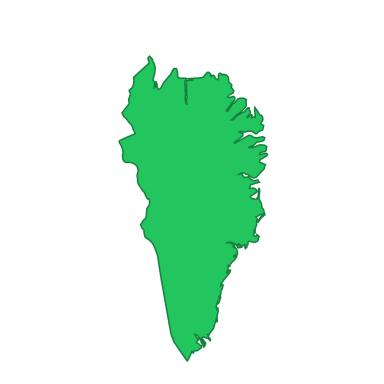 map outline of Austurland (Mercator projection), rotated 325°
{"feature_id": "ISL-695", "entity_name": "Austurland", "entity_type": "Region", "adm_level": 1, "iso_a3": "ISL", "parent_name": "Iceland", "parent_adm1": "", "projection": "mercator", "projection_center": [-15.126, 64.88], "detail": "fine", "context": "isolated", "style": "filled", "palette": "green", "viewbox_px": 384, "rotation_deg": 325, "n_neighbors": 0, "source": "natural_earth", "source_scale": "10m", "svg_char_len": 6110}
<svg xmlns="http://www.w3.org/2000/svg" viewBox="0 0 384 384"><g transform="rotate(325 192 192)"><path d="M235.1,56.4L235.6,59.3L235.7,60.6L234.7,62.4L234.7,64.9L233.3,68.9L229.3,73.7L225.5,76.6L224.3,78.1L224.4,80.3L223.4,82.1L220.7,85.0L222.3,84.9L223.7,83.8L226.1,80.6L225.3,83.2L223.8,86.0L223.2,88.3L225.0,89.3L226.9,88.7L231.0,86.3L242.1,83.3L246.2,81.1L248.3,80.5L250.0,82.3L247.7,87.7L246.4,89.0L246.5,90.1L247.4,91.9L251.9,95.0L252.8,96.2L250.0,97.1L248.5,98.3L247.2,101.6L244.5,104.8L243.5,107.5L239.5,112.2L238.1,115.7L237.8,117.8L238.5,116.8L239.6,114.1L242.5,111.4L244.0,108.5L250.4,98.8L251.6,98.0L253.0,98.3L257.1,101.4L254.8,98.6L254.2,97.2L265.6,104.1L267.1,104.3L272.8,102.8L273.8,103.0L274.4,103.6L274.8,105.1L274.8,106.4L274.5,107.3L273.9,107.5L273.9,108.3L275.5,108.2L276.2,108.5L276.7,109.2L276.8,110.1L276.4,112.7L277.2,114.3L278.1,115.2L280.5,111.6L281.9,110.6L283.4,111.0L283.7,111.5L283.8,113.5L285.2,113.5L287.4,116.2L287.5,118.9L286.7,120.7L285.2,123.0L285.9,126.1L286.0,127.2L283.8,129.0L284.4,129.7L284.2,133.2L282.4,134.5L277.7,133.8L275.6,134.9L276.9,136.1L281.0,137.5L281.1,139.5L279.9,140.9L278.3,141.7L275.7,141.7L272.4,143.4L268.1,144.3L266.7,145.1L267.5,146.3L275.8,143.2L278.3,143.4L283.3,142.1L284.9,142.6L287.5,144.3L288.8,145.8L289.5,147.8L288.3,148.7L286.2,152.1L285.1,152.9L278.5,154.5L271.5,154.5L268.5,155.3L265.3,155.3L266.9,156.6L273.0,155.3L281.0,156.2L284.5,155.3L286.5,155.3L287.0,155.7L286.8,156.6L286.0,158.0L285.9,159.8L285.6,160.4L283.6,161.3L280.2,162.1L280.2,163.1L284.3,162.2L285.2,163.1L285.2,163.8L284.3,164.3L283.4,165.6L285.6,165.9L286.5,167.2L287.0,166.8L287.8,165.1L288.3,164.8L289.9,161.3L292.0,158.8L292.1,163.2L291.7,168.1L292.6,168.8L292.9,170.0L292.6,171.5L291.7,173.2L290.6,174.2L288.4,174.8L287.4,175.7L288.8,178.5L288.6,179.1L285.4,181.7L281.7,180.7L278.4,181.3L277.4,180.7L275.9,176.4L272.5,174.2L269.8,173.3L266.9,170.5L265.3,169.8L265.6,171.2L266.2,172.2L267.4,173.2L265.5,175.3L254.9,175.7L254.9,176.6L271.3,178.2L272.6,179.6L273.9,182.7L276.4,184.9L281.7,187.4L282.8,189.2L280.6,190.9L278.1,190.5L273.5,188.3L268.3,189.2L265.1,187.8L264.2,188.3L267.3,190.5L274.8,192.3L278.1,195.1L279.0,196.9L279.2,198.0L277.8,198.8L276.5,200.5L275.8,200.9L270.4,198.8L268.8,200.2L274.5,202.5L275.4,203.4L275.4,204.7L274.0,205.2L268.0,204.9L266.4,204.2L265.6,205.3L264.6,205.9L264.6,206.8L266.2,208.8L267.8,211.8L266.9,212.1L264.6,214.3L253.0,216.8L251.2,216.2L249.4,214.7L247.9,210.0L246.6,208.6L245.2,205.8L244.4,205.2L240.4,204.2L240.9,204.9L242.7,205.2L243.4,205.7L243.3,207.0L242.8,209.3L243.7,210.3L246.3,211.7L247.1,211.8L247.1,214.2L247.8,216.1L249.4,218.5L252.1,219.4L253.0,220.4L252.5,221.8L252.8,222.6L244.1,219.7L241.4,221.8L242.3,222.8L244.4,223.9L245.4,225.1L245.9,226.5L245.8,227.6L245.3,228.6L244.3,229.2L237.3,229.2L236.7,230.0L237.3,231.6L238.4,233.0L238.9,233.0L239.4,234.2L240.6,235.0L241.6,235.1L241.8,234.2L243.9,233.6L247.1,228.8L248.8,227.6L249.1,228.2L248.3,229.5L243.5,235.4L242.8,236.8L242.3,241.3L240.6,244.3L240.4,245.4L240.5,247.9L239.8,248.9L239.5,250.1L238.8,252.4L233.4,253.0L228.3,254.9L230.5,253.1L237.5,250.8L236.2,249.9L230.0,249.2L230.0,251.3L228.4,253.0L227.7,253.3L226.4,255.7L222.9,258.2L220.7,260.9L220.0,262.3L220.7,259.9L220.7,259.0L220.4,259.0L220.0,260.2L219.2,261.3L217.6,262.7L218.1,264.5L218.6,264.8L219.8,264.7L220.7,264.0L221.5,267.2L220.3,267.2L218.8,269.2L217.7,269.8L215.3,269.5L213.3,268.1L210.6,265.2L209.6,264.8L207.6,267.2L205.8,266.5L205.1,267.2L205.8,268.1L205.2,268.7L203.3,268.9L204.4,265.6L204.4,264.8L201.9,265.3L201.5,264.4L201.3,262.6L200.7,261.3L200.0,260.9L199.4,261.5L199.4,262.3L200.1,263.5L200.5,265.6L198.3,264.6L197.6,264.0L197.6,263.2L198.1,261.5L197.4,259.0L196.0,256.7L193.9,254.5L190.5,253.3L194.2,255.3L196.2,260.6L195.3,261.4L194.4,260.6L194.4,261.5L195.5,262.5L195.7,264.3L195.2,266.4L194.4,268.1L193.1,268.8L190.2,268.0L189.1,268.9L190.6,269.8L192.3,269.8L191.0,270.9L187.6,272.1L184.7,272.4L181.5,273.5L180.2,274.7L179.5,272.9L178.0,275.0L173.4,278.7L177.7,277.3L178.7,278.0L177.0,279.5L163.5,283.6L161.6,285.3L164.1,285.3L164.1,286.1L160.8,288.9L159.2,289.6L157.4,291.7L155.6,293.2L155.2,294.3L154.7,293.1L154.2,292.9L153.7,293.4L153.1,294.3L153.1,295.1L153.8,295.1L153.8,295.8L150.7,298.0L149.5,298.3L149.9,296.6L147.1,298.8L145.7,300.4L144.9,302.4L145.7,302.4L146.9,301.1L145.6,303.9L144.9,304.9L141.2,308.1L138.7,312.1L137.1,312.9L138.4,312.0L138.9,311.1L139.2,309.7L131.3,316.2L124.4,318.3L123.3,318.0L122.4,317.0L123.3,318.2L124.2,318.6L122.4,319.4L122.6,322.3L122.3,323.7L121.7,324.2L121.5,323.8L121.2,321.1L120.3,320.2L118.4,317.5L117.0,316.7L116.6,317.0L116.4,318.0L116.5,323.5L116.2,324.2L115.5,323.8L115.4,322.8L115.7,319.8L115.1,317.3L114.8,316.6L114.6,317.4L114.5,322.0L114.3,323.3L115.0,324.4L114.7,325.2L112.8,325.9L113.4,323.2L113.5,322.1L113.2,321.1L113.5,319.6L114.2,319.1L114.2,318.4L113.9,317.8L114.2,312.9L113.9,311.7L112.7,310.2L112.5,310.9L112.3,313.9L112.4,315.2L112.8,316.2L112.0,317.0L110.2,317.1L109.6,318.6L110.3,319.8L110.9,322.4L111.8,323.3L110.8,324.7L108.9,325.1L105.2,325.0L102.5,323.3L101.1,324.6L100.6,324.6L100.4,322.6L93.9,326.6L91.1,327.6L91.2,305.7L91.5,303.3L93.4,296.1L117.5,244.3L127.4,224.2L128.7,219.8L129.8,215.0L130.2,212.2L130.1,210.1L129.5,207.2L128.0,202.9L127.8,201.9L128.1,200.9L129.4,197.8L130.6,196.0L130.7,194.8L130.4,192.7L131.0,189.4L131.3,189.0L132.6,188.9L135.6,187.4L139.9,186.6L143.3,182.2L145.5,179.7L150.2,177.7L152.2,174.7L152.6,173.7L152.7,173.0L151.7,172.3L151.5,171.4L152.6,165.0L152.4,159.7L152.6,157.8L152.4,156.7L152.8,154.0L153.4,152.3L154.9,150.1L156.5,146.9L160.3,143.6L161.4,140.6L161.7,138.8L161.1,136.4L159.7,133.9L158.7,132.5L154.7,129.8L154.0,128.4L153.9,127.2L154.2,125.8L154.6,124.6L156.3,121.7L157.8,120.8L159.2,118.3L160.5,113.9L160.9,110.0L161.2,109.1L161.7,108.6L162.4,108.4L179.1,111.6L179.6,107.5L180.8,103.4L180.9,102.3L180.3,98.1L180.2,93.9L179.5,91.6L179.6,88.8L180.0,87.1L191.8,83.4L192.1,81.5L193.4,79.7L197.5,76.7L198.0,75.8L198.7,72.8L203.4,72.1L206.4,69.7L208.5,67.4L209.8,64.6L231.0,61.8L232.6,57.1L235.1,56.4Z" fill="#22c55e" stroke="#15803d" stroke-width="1.5"/></g></svg>